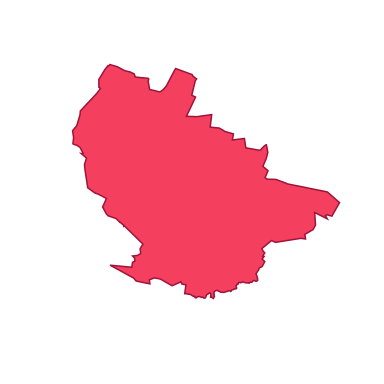 Nácori Chico, Sonora, Mexico, rotated 297°
{"feature_id": "50627088B84390839219422", "entity_name": "Nácori Chico", "entity_type": "district", "adm_level": 2, "iso_a3": "MEX", "parent_name": "Mexico", "parent_adm1": "Sonora", "projection": "natural_earth1", "projection_center": [-109.021, 29.616], "detail": "fine", "context": "isolated", "style": "filled", "palette": "rose", "viewbox_px": 384, "rotation_deg": 297, "n_neighbors": 0, "source": "geoboundaries", "source_scale": "gbopen_adm2", "svg_char_len": 5055}
<svg xmlns="http://www.w3.org/2000/svg" viewBox="0 0 384 384"><g transform="rotate(297 192 192)"><path d="M266.5,59.8L261.8,58.8L254.2,58.2L250.0,57.9L243.0,61.5L242.7,63.5L236.7,62.4L213.5,55.7L210.2,57.1L198.9,59.2L192.3,57.8L186.9,61.7L180.9,64.0L180.8,65.3L181.4,68.2L180.8,72.2L176.9,77.5L176.4,77.1L176.0,75.9L174.3,82.6L167.7,83.7L162.6,87.0L148.4,97.2L147.1,105.6L147.0,106.4L147.1,106.9L147.5,109.1L147.4,118.6L147.1,118.7L138.0,119.2L133.6,125.6L132.7,128.0L133.9,136.5L132.9,139.4L132.3,141.2L132.5,141.2L131.2,146.8L130.7,146.6L130.5,146.8L131.1,147.1L130.5,149.0L123.3,171.9L117.9,171.5L113.9,174.2L110.8,172.3L108.0,168.1L106.9,171.1L104.4,172.5L102.4,170.9L97.6,172.5L89.6,152.2L88.8,179.2L87.3,182.6L91.0,196.2L94.4,193.9L98.4,197.5L100.1,203.4L99.4,216.8L106.9,222.9L105.4,224.7L106.5,228.7L98.0,231.7L98.1,231.9L98.3,232.0L98.6,232.0L98.8,233.1L98.8,233.3L98.8,233.5L98.9,234.0L99.0,234.2L99.1,234.4L99.2,234.6L99.3,234.8L99.3,235.0L99.4,235.4L99.5,235.7L99.6,235.9L99.8,236.5L100.0,237.1L100.0,237.4L100.0,237.7L99.9,238.1L99.9,238.3L99.8,239.2L99.7,239.7L99.7,239.9L99.7,240.1L99.7,240.4L99.7,240.6L99.8,240.8L100.0,241.2L100.2,241.8L100.2,242.0L99.6,242.3L99.3,242.5L99.3,243.1L99.4,243.4L99.6,243.8L100.0,244.1L100.4,244.1L100.7,244.2L101.0,244.3L101.2,244.5L101.3,244.6L101.4,244.9L101.5,245.2L101.7,245.4L102.2,245.8L102.3,246.1L102.4,246.6L102.3,246.9L102.3,247.1L102.4,247.6L102.5,248.4L102.7,248.7L102.9,248.8L103.1,249.0L103.1,249.3L103.1,249.5L103.0,250.1L102.9,250.6L102.9,250.8L102.9,251.0L103.0,251.2L103.4,251.5L104.0,251.9L104.0,252.0L104.7,252.0L105.5,251.8L106.5,251.8L107.1,251.8L107.3,251.8L108.1,252.3L108.5,252.6L108.7,252.8L108.8,252.8L109.0,252.9L109.4,252.9L109.5,252.9L109.7,253.1L110.2,253.5L110.2,253.9L110.1,254.3L110.0,254.6L109.9,254.9L109.8,255.0L109.6,255.1L109.4,255.2L108.6,255.6L108.1,255.9L107.9,255.9L107.3,256.0L107.2,256.1L106.7,256.3L106.8,256.5L107.2,256.7L107.2,256.8L107.2,257.2L107.1,257.6L106.9,257.9L106.9,258.0L106.9,258.3L107.0,258.5L107.1,258.8L106.9,259.0L106.8,259.3L107.2,259.4L107.4,259.4L107.6,259.3L108.1,259.3L108.4,259.4L109.0,259.5L109.1,259.4L109.5,259.2L109.7,258.8L110.0,258.4L110.4,258.4L110.9,258.3L111.2,258.1L111.5,257.8L111.9,257.4L112.8,257.2L113.2,257.1L113.3,257.1L113.6,257.3L113.8,257.4L114.2,257.4L114.5,257.7L114.8,258.0L115.1,258.3L115.4,258.6L115.6,258.7L115.7,258.9L115.8,259.0L115.9,259.4L115.9,259.5L115.7,259.8L115.7,260.7L115.8,261.3L115.8,262.3L115.7,262.7L115.7,262.8L115.8,263.3L116.3,263.9L116.5,264.4L116.5,264.6L116.5,264.8L116.6,265.0L116.6,265.3L117.0,265.9L117.4,266.4L120.3,269.4L120.5,269.5L120.8,269.7L121.0,270.1L121.2,270.5L121.2,270.8L121.0,271.2L120.9,271.3L120.9,271.5L121.0,271.6L121.1,271.8L121.6,271.9L122.0,271.9L122.5,271.9L123.0,272.1L123.3,272.3L123.5,272.8L123.6,273.0L124.5,273.5L124.8,273.7L125.0,273.9L125.2,274.1L125.2,274.4L125.2,274.6L125.6,275.1L125.9,275.3L126.5,275.3L126.8,275.4L126.9,275.1L127.0,274.9L127.2,274.7L127.4,274.6L128.2,273.9L128.4,273.8L128.6,273.8L128.8,273.9L129.7,274.2L129.9,274.2L130.2,274.1L130.3,274.1L130.5,274.1L130.7,274.5L130.9,274.9L131.3,274.9L131.9,274.7L132.4,274.6L132.5,274.6L132.7,275.0L132.8,275.1L133.0,275.5L133.0,275.8L133.1,276.3L133.4,276.6L133.7,276.8L133.7,277.0L133.8,277.1L133.9,277.3L134.7,277.8L134.9,278.0L135.0,278.2L135.2,278.5L135.2,278.9L135.1,279.3L135.2,280.0L135.4,280.7L135.7,281.8L136.4,283.1L136.7,283.3L136.7,283.5L136.6,284.0L136.8,284.4L136.9,284.5L137.4,284.5L137.5,284.6L137.9,284.9L138.0,285.1L138.3,285.3L138.5,285.7L138.6,286.0L138.8,286.3L139.0,286.4L139.6,286.5L140.0,286.5L140.3,286.6L140.5,286.8L140.7,287.0L141.1,287.1L141.3,287.3L141.4,287.8L141.4,288.1L141.4,288.4L141.3,288.8L141.4,289.1L141.5,289.5L141.8,289.9L141.9,290.0L142.5,290.2L142.5,290.3L142.6,290.5L142.8,290.6L143.2,290.6L143.3,290.6L144.6,289.8L145.7,288.7L147.0,287.6L148.1,286.2L153.2,286.7L154.7,286.4L157.5,288.4L163.1,288.4L164.0,285.0L167.3,285.5L166.9,284.1L170.8,284.5L171.5,282.5L173.3,279.9L184.9,285.0L185.0,289.2L200.1,310.0L201.7,314.5L205.5,311.8L213.4,316.9L218.6,317.1L229.4,310.6L229.5,324.7L231.5,321.6L232.9,322.5L234.0,327.6L249.5,328.3L253.5,312.6L242.5,273.1L242.6,272.5L241.3,261.0L237.5,253.0L238.0,250.6L245.5,250.1L247.0,243.5L254.2,243.1L254.6,243.1L255.2,243.0L256.2,242.8L257.4,242.6L258.6,242.3L260.1,241.9L261.7,241.6L262.3,241.1L264.2,239.7L267.8,236.9L267.6,236.7L267.4,236.3L266.0,235.6L264.0,234.9L262.9,234.5L262.1,234.4L261.3,234.2L260.5,233.9L260.2,233.7L259.9,233.4L255.8,219.9L263.5,214.4L256.7,204.4L262.6,202.5L260.9,194.0L261.4,187.4L258.1,178.8L259.1,178.4L269.9,174.4L261.3,162.1L257.7,154.3L256.8,152.7L278.2,152.1L278.1,147.9L292.6,144.4L294.8,144.8L295.6,140.4L296.7,138.9L294.6,121.4L292.2,121.2L275.2,121.0L273.3,120.7L269.8,119.7L268.0,118.8L266.7,117.9L266.3,117.4L266.1,116.0L265.4,112.8L264.2,108.2L264.3,107.7L264.6,107.3L270.9,102.6L273.0,102.2L273.4,101.4L268.7,89.3L271.0,86.8L270.9,82.6L269.6,77.1L269.7,68.5L268.3,61.0L266.7,60.6L266.5,60.3L266.5,60.0L266.5,59.8Z" fill="#f43f5e" stroke="#9f1239" stroke-width="1.5"/></g></svg>